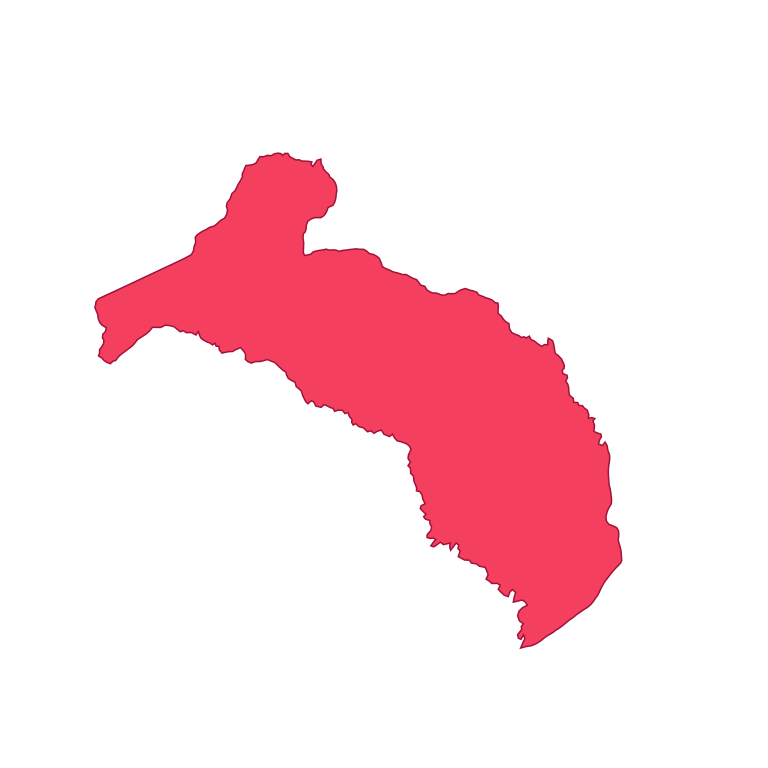 the district of Bom Jesus do Tocantins, Tocantins, Brazil, rotated 208°
{"feature_id": "56859067B75355152775274", "entity_name": "Bom Jesus do Tocantins", "entity_type": "district", "adm_level": 2, "iso_a3": "BRA", "parent_name": "Brazil", "parent_adm1": "Tocantins", "projection": "mercator", "projection_center": [-47.87, -9.003], "detail": "fine", "context": "isolated", "style": "filled", "palette": "rose", "viewbox_px": 768, "rotation_deg": 208, "n_neighbors": 0, "source": "geoboundaries", "source_scale": "gbopen_adm2", "svg_char_len": 6043}
<svg xmlns="http://www.w3.org/2000/svg" viewBox="0 0 768 768"><g transform="rotate(208 384 384)"><path d="M676.9,321.4L675.9,318.7L675.3,316.0L672.8,313.8L669.4,311.0L667.2,307.7L663.9,304.9L660.7,303.6L655.6,303.3L654.6,299.7L655.6,296.0L654.3,292.6L651.8,291.0L650.6,287.9L650.6,284.9L651.3,280.9L649.7,277.8L649.3,274.8L645.5,274.5L642.0,273.3L639.1,273.0L635.2,273.4L634.0,276.9L631.9,278.8L631.5,282.3L630.3,286.3L628.3,290.4L624.0,299.7L623.2,303.4L622.5,307.5L620.0,311.9L617.6,316.3L616.4,319.4L615.6,322.2L615.0,325.4L607.7,329.1L604.6,333.4L599.7,335.2L596.1,336.0L592.0,335.2L588.4,334.5L586.1,336.9L582.6,336.5L578.3,339.0L573.0,339.0L572.6,343.1L569.6,340.3L567.0,338.5L564.1,338.0L559.7,338.0L557.0,338.5L553.7,338.0L552.5,340.7L549.9,338.6L547.5,339.7L545.3,336.7L541.5,335.2L539.2,337.3L536.2,339.7L533.0,341.6L531.4,344.1L527.8,348.8L523.9,347.4L520.6,345.7L519.2,343.4L518.1,340.7L515.2,339.9L511.0,340.1L508.1,343.4L503.6,345.9L501.4,348.0L498.4,350.8L490.3,351.7L485.5,350.2L480.2,348.8L476.2,348.5L474.3,346.2L471.2,344.1L467.8,343.7L463.3,343.8L460.4,340.6L453.9,339.1L449.5,334.9L444.8,331.7L441.9,330.8L440.3,335.0L437.6,335.2L433.8,332.5L428.5,333.9L427.2,337.7L423.5,338.0L420.5,338.0L417.6,338.5L414.7,336.7L412.0,339.6L408.2,341.2L404.6,339.5L402.5,341.9L399.1,338.9L395.7,337.7L394.5,334.9L392.0,333.3L390.1,335.8L386.5,334.6L381.2,335.6L376.2,334.1L373.5,336.5L369.6,335.8L368.0,338.7L364.7,342.1L360.5,339.6L354.4,340.2L353.0,343.7L349.3,341.3L345.6,340.0L342.4,340.9L336.4,341.8L332.6,341.2L329.5,339.0L329.1,332.8L327.8,329.5L324.0,327.4L324.5,323.2L321.0,321.9L318.5,317.6L315.0,316.7L311.8,312.1L308.4,309.4L306.3,307.4L305.2,304.9L301.8,305.8L298.2,303.8L295.7,300.5L291.4,297.6L294.1,294.0L293.6,291.1L289.5,289.7L285.9,288.8L286.7,285.4L283.8,284.1L279.5,285.0L277.6,281.9L275.0,280.3L273.9,276.8L275.2,271.3L274.0,268.7L271.1,269.2L267.9,271.2L265.2,270.9L266.2,267.4L266.7,263.1L263.8,263.5L262.3,265.8L260.0,270.8L256.1,270.1L250.9,274.6L249.7,271.3L247.1,268.5L245.6,277.5L242.5,276.9L241.4,273.3L238.4,272.4L237.4,266.4L230.3,266.4L225.8,268.5L222.8,266.9L217.9,268.6L214.3,267.9L208.5,269.6L202.6,264.7L202.2,259.6L199.0,259.5L195.2,258.5L190.4,261.1L187.0,261.0L186.8,256.4L182.8,255.0L178.6,254.0L174.5,254.6L175.2,259.2L174.2,262.7L169.9,261.8L169.0,257.0L167.4,252.1L164.4,254.7L160.8,258.0L157.4,258.0L153.5,256.0L156.7,251.5L158.2,246.8L157.2,242.1L153.2,238.4L148.5,237.7L148.9,234.3L147.2,231.9L148.4,225.3L145.9,222.6L143.2,222.9L143.0,227.9L140.1,225.4L140.0,221.8L139.8,219.1L139.4,215.0L136.5,217.8L133.9,220.0L131.3,221.8L128.5,225.0L126.4,228.3L125.1,230.8L123.7,234.0L121.9,237.9L119.6,241.5L117.7,244.9L116.7,247.4L115.1,249.9L113.4,253.3L111.3,258.3L109.8,262.0L108.1,265.2L106.8,268.0L105.7,270.8L104.2,273.7L101.0,279.8L99.5,282.3L98.0,286.0L97.1,290.0L96.7,293.8L96.2,297.3L96.2,301.1L96.4,304.9L96.5,308.9L96.3,313.4L95.6,317.0L95.0,321.0L94.0,326.1L92.8,330.8L91.8,334.0L91.1,336.7L91.2,339.7L93.1,342.8L94.6,345.1L96.5,348.1L99.0,351.0L101.8,353.8L104.1,356.4L105.1,359.3L106.4,362.0L108.0,364.4L111.1,366.4L115.2,366.2L119.7,365.7L123.3,367.4L125.7,370.9L126.8,375.1L127.3,378.7L127.3,381.4L127.0,384.5L128.0,387.3L130.1,390.7L132.5,394.2L134.9,397.4L137.5,400.2L139.5,403.1L141.3,406.1L142.8,408.4L144.8,411.9L146.7,416.0L148.2,420.3L149.7,424.2L151.8,427.6L155.2,430.5L157.9,434.2L161.5,436.5L162.4,432.1L166.6,431.9L167.4,436.1L167.2,439.3L169.0,441.6L172.1,441.0L176.4,440.6L177.5,443.6L178.9,446.6L182.2,449.5L181.6,452.5L184.9,451.8L187.4,449.7L188.7,453.0L192.4,456.4L195.9,456.8L198.5,458.0L202.2,456.6L204.2,458.6L208.1,456.9L210.1,460.2L214.7,461.1L217.4,464.2L219.2,467.5L221.4,469.9L224.9,472.0L224.9,475.6L226.6,477.7L230.6,477.1L233.1,479.6L232.3,482.4L233.6,485.1L235.8,487.1L239.2,489.5L243.8,491.0L246.9,491.3L248.8,493.5L250.5,495.7L252.8,498.8L255.6,501.4L260.4,501.6L259.6,498.8L257.8,495.7L260.8,494.1L262.4,491.3L266.7,491.6L271.3,492.5L275.0,492.3L278.2,494.5L279.8,491.7L282.7,491.3L284.7,489.5L287.9,490.1L291.1,489.5L295.5,489.4L299.3,491.9L301.9,495.9L306.1,496.2L309.3,497.4L312.3,499.1L316.5,499.9L317.8,502.4L319.4,506.2L321.3,508.9L324.0,508.0L327.4,508.8L331.0,508.7L334.2,508.0L338.9,507.6L342.2,507.1L345.0,508.6L348.9,508.1L352.6,507.1L357.0,506.5L360.5,503.0L362.4,499.8L363.8,497.1L367.0,495.4L370.0,493.9L371.9,491.1L375.2,489.5L380.2,489.0L383.6,487.3L386.8,486.9L390.5,487.3L393.9,489.4L398.0,488.6L401.0,490.0L404.2,491.5L407.9,490.9L412.1,490.9L415.9,491.1L418.8,489.4L423.5,488.6L428.5,487.3L433.6,487.1L438.0,486.6L441.0,487.2L443.6,489.9L447.4,492.9L450.9,493.4L454.3,493.4L458.3,492.3L461.5,493.2L465.0,493.4L469.0,491.4L472.0,490.3L474.9,488.3L477.9,486.3L480.1,484.6L482.5,483.1L485.9,480.1L489.2,479.7L492.0,478.5L495.2,476.4L498.2,476.0L501.0,473.7L504.9,470.8L508.4,467.7L509.6,464.3L511.7,462.3L514.4,460.2L516.8,462.0L521.1,470.8L523.9,474.7L525.7,478.4L525.0,481.4L525.5,484.1L527.1,487.7L527.7,492.0L525.6,495.8L523.2,498.4L520.6,499.8L518.0,501.1L516.4,503.8L515.6,506.8L515.7,510.4L516.2,513.3L514.8,515.6L512.9,517.7L512.9,521.6L513.7,525.2L515.3,529.2L516.4,532.5L518.6,535.9L521.3,538.6L524.9,540.6L528.8,541.2L531.0,543.1L534.6,544.0L537.8,545.2L539.9,547.2L543.0,549.0L545.3,553.0L548.1,550.2L548.6,545.8L548.9,542.7L551.4,543.6L552.0,546.3L555.1,545.2L558.4,543.7L561.3,542.2L564.0,542.2L567.0,540.5L570.3,540.5L574.1,540.5L577.1,542.5L580.0,540.9L580.7,538.3L583.3,539.0L585.9,538.1L588.8,535.9L590.8,532.6L594.1,531.3L596.9,528.2L600.3,526.5L600.6,522.8L600.7,519.2L602.7,516.2L605.6,514.0L608.5,512.1L608.3,508.9L607.9,506.2L607.9,503.2L606.3,500.4L606.2,496.3L606.6,491.7L606.3,487.8L606.3,484.8L607.7,480.4L606.8,475.6L607.6,470.4L606.6,466.9L604.1,464.6L602.6,460.3L602.6,455.7L604.6,452.5L605.7,450.1L606.6,447.2L608.1,443.7L610.2,441.8L612.0,439.7L613.7,436.6L616.0,433.7L617.4,431.1L619.0,428.0L619.5,424.8L617.8,422.4L616.6,420.0L616.3,416.6L614.8,412.2L614.8,407.8L619.2,401.1L622.3,396.9L665.9,338.7L674.7,327.1L676.3,324.8L676.9,321.4Z" fill="#f43f5e" stroke="#9f1239" stroke-width="1.5"/></g></svg>